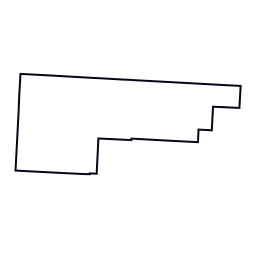 Hidalgo, New Mexico, United States of America, rotated 93°
{"feature_id": "52423323B51310319192871", "entity_name": "Hidalgo", "entity_type": "district", "adm_level": 2, "iso_a3": "USA", "parent_name": "United States of America", "parent_adm1": "New Mexico", "projection": "equal_earth", "projection_center": [-108.78, 32.055], "detail": "fine", "context": "isolated", "style": "outline", "palette": "ink", "viewbox_px": 256, "rotation_deg": 93, "n_neighbors": 0, "source": "geoboundaries", "source_scale": "gbopen_adm2", "svg_char_len": 655}
<svg xmlns="http://www.w3.org/2000/svg" viewBox="0 0 256 256"><g transform="rotate(93 128 128)"><path d="M80.0,71.2L79.9,122.6L79.9,123.3L79.8,131.9L79.9,134.1L79.8,155.9L79.8,157.3L79.8,160.0L79.8,165.1L79.8,167.2L79.7,191.7L79.6,212.6L79.6,215.6L79.6,238.2L101.3,238.3L102.5,238.3L109.7,238.2L119.0,238.1L145.7,238.1L176.4,238.1L176.4,212.6L176.4,195.2L176.3,169.2L176.1,163.6L175.3,163.6L175.3,156.9L140.0,157.0L139.9,124.0L138.4,124.0L138.5,94.9L138.5,57.4L125.9,57.5L125.9,44.2L115.5,44.2L102.3,44.2L102.1,17.8L80.1,17.7L80.1,17.8L80.1,30.6L80.1,31.1L80.1,31.6L80.1,32.4L80.1,37.6L80.0,71.2Z" fill="none" stroke="#020617" stroke-width="2"/></g></svg>